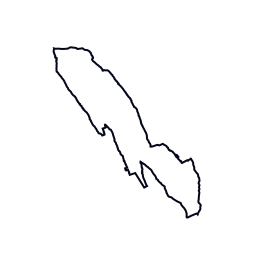 outline of Contla de Juan Cuamatzi, Tlaxcala, Mexico, rotated 32°
{"feature_id": "50627088B55272636333464", "entity_name": "Contla de Juan Cuamatzi", "entity_type": "district", "adm_level": 2, "iso_a3": "MEX", "parent_name": "Mexico", "parent_adm1": "Tlaxcala", "projection": "mercator", "projection_center": [-98.137, 19.32], "detail": "fine", "context": "isolated", "style": "outline", "palette": "ink", "viewbox_px": 256, "rotation_deg": 32, "n_neighbors": 0, "source": "geoboundaries", "source_scale": "gbopen_adm2", "svg_char_len": 5887}
<svg xmlns="http://www.w3.org/2000/svg" viewBox="0 0 256 256"><g transform="rotate(32 128 128)"><path d="M32.6,110.3L33.5,111.2L34.0,112.6L34.9,113.6L35.4,114.9L36.2,115.9L36.8,117.1L37.2,117.4L37.7,118.0L38.2,117.9L38.9,118.2L40.0,118.5L40.8,119.0L44.6,120.1L45.5,120.7L46.8,121.0L48.7,121.8L50.7,123.1L52.0,123.8L54.0,125.2L56.0,126.0L56.8,126.7L57.7,127.1L58.9,127.2L59.7,127.5L60.5,127.6L61.1,127.9L61.6,128.4L63.6,129.1L64.8,129.3L65.6,129.3L66.1,129.6L66.7,129.6L66.9,129.8L67.5,129.9L68.5,130.4L69.3,131.2L70.2,131.5L70.7,131.9L71.3,132.0L71.6,132.4L72.1,132.4L73.1,132.8L73.6,133.2L73.8,133.3L74.6,133.1L75.0,133.7L76.0,134.1L76.6,134.1L76.8,133.9L77.6,134.6L78.7,134.8L78.9,135.3L80.0,135.3L80.5,136.0L81.6,136.0L82.4,136.4L84.7,136.7L86.4,137.4L88.3,138.4L89.3,139.3L90.1,139.6L90.7,140.7L91.1,141.0L92.4,141.3L93.3,142.2L94.9,142.9L95.8,143.6L96.9,144.1L98.9,144.5L100.9,145.5L101.4,145.5L102.0,146.0L102.7,146.3L103.3,146.8L104.6,147.2L105.9,148.0L107.3,147.6L107.6,147.4L108.2,147.4L109.0,147.5L110.2,148.0L111.6,146.0L111.4,145.7L110.5,145.1L110.5,144.8L109.8,144.2L109.4,144.2L109.3,143.8L108.1,142.8L107.2,142.3L106.8,141.9L108.8,139.5L108.8,139.0L107.1,138.1L106.8,137.6L106.8,137.3L107.4,137.2L108.5,137.7L109.0,137.6L109.6,137.9L111.1,138.1L112.7,138.8L113.2,138.9L113.8,138.6L114.5,138.6L117.6,140.4L119.4,142.1L122.8,144.9L123.0,145.7L123.5,146.2L124.2,146.6L125.3,146.8L126.7,148.1L128.4,149.0L129.2,150.0L129.9,150.3L130.8,151.4L131.7,151.9L132.1,152.0L132.4,152.3L133.1,152.2L133.5,152.3L135.2,153.6L135.4,154.0L136.5,154.2L136.8,154.4L137.2,154.5L138.1,154.4L138.4,154.5L140.0,156.1L140.9,156.8L141.2,157.4L141.9,158.1L142.3,157.9L142.6,157.9L143.0,158.5L143.3,158.7L145.3,160.1L145.6,160.1L146.1,160.6L147.3,161.3L147.5,161.6L148.1,161.8L148.4,162.1L146.9,163.7L148.0,164.7L148.3,164.4L149.0,164.9L150.2,163.5L152.0,164.7L152.3,164.9L152.2,165.0L152.3,165.2L154.3,166.8L158.0,162.4L173.3,169.9L174.9,167.1L174.3,166.9L173.5,166.4L171.6,165.1L170.5,164.2L167.4,162.1L166.2,161.0L165.5,160.0L164.5,159.1L163.8,158.9L163.5,158.5L163.6,157.9L163.3,157.4L162.9,157.3L162.8,156.9L162.4,156.4L162.3,155.6L162.0,155.4L161.4,154.5L160.8,154.4L158.4,151.4L157.9,151.1L157.3,151.1L156.6,150.3L156.5,150.0L161.4,150.1L162.4,150.2L163.7,150.6L165.8,150.6L166.9,150.9L168.1,151.1L169.1,151.1L170.7,151.6L171.6,152.3L173.3,153.0L174.3,153.6L175.5,153.8L177.2,154.6L178.3,155.4L178.8,156.1L180.8,156.1L181.2,156.5L182.0,156.9L182.9,157.0L183.8,157.3L185.2,157.3L186.0,157.8L186.7,158.0L190.1,158.2L190.9,159.4L192.6,160.6L193.7,161.2L195.0,162.6L195.5,162.7L196.9,163.7L198.4,164.5L199.2,164.5L201.8,163.8L203.9,164.2L208.0,164.2L210.3,164.0L211.1,163.8L212.7,163.8L213.5,164.6L214.2,165.0L216.1,165.7L218.1,166.2L220.7,167.5L222.9,169.3L224.2,171.2L224.8,172.4L225.0,172.6L225.6,172.6L226.1,172.2L228.2,168.8L231.3,164.4L231.9,164.1L232.9,164.4L232.5,162.5L232.4,161.0L232.5,159.6L232.4,158.9L232.1,158.1L231.4,157.0L230.9,156.2L230.8,155.2L230.5,154.9L229.9,154.5L227.6,153.9L227.0,153.5L226.5,152.9L225.9,151.3L224.0,147.8L222.9,145.2L221.1,143.4L221.1,142.1L219.5,140.5L219.3,140.1L219.1,139.0L218.9,138.6L218.2,138.0L217.3,137.6L217.1,137.3L216.7,136.2L216.8,135.3L216.6,134.9L215.0,132.9L214.7,132.6L213.5,132.1L212.5,130.9L211.2,129.9L210.9,129.9L209.9,129.7L206.3,128.2L205.8,127.7L205.6,127.1L205.0,126.2L202.9,124.7L202.0,123.4L201.7,123.0L201.0,122.5L199.3,121.5L198.5,121.3L197.6,120.7L197.4,120.8L197.5,121.4L197.0,122.0L196.5,123.0L196.2,124.0L195.3,123.9L192.3,129.1L192.0,129.1L191.6,129.0L190.8,128.1L190.4,128.0L190.0,128.4L189.0,128.0L187.3,127.7L186.8,127.5L186.3,127.1L186.1,125.8L185.8,125.6L184.6,125.4L183.8,125.0L183.5,125.1L183.7,125.3L184.4,125.6L184.7,125.8L184.7,126.0L184.5,126.6L184.8,127.0L184.7,127.1L183.8,126.6L183.1,126.4L181.0,125.2L179.9,125.0L178.1,124.4L177.9,124.5L176.2,124.6L176.3,124.7L175.7,125.0L175.1,124.7L174.7,124.7L174.3,124.9L173.0,124.2L172.4,123.5L171.4,123.6L170.4,123.0L169.8,122.9L167.7,123.1L166.4,123.0L165.9,123.0L163.9,126.0L163.4,126.3L162.2,126.5L160.7,128.0L159.4,129.7L157.9,131.3L156.9,131.8L156.2,130.5L154.9,129.6L153.4,129.1L152.2,128.1L150.1,127.2L149.7,126.9L148.7,125.4L147.7,124.1L145.6,122.4L144.3,121.8L142.0,120.3L140.6,119.6L140.4,119.4L139.5,118.9L139.2,118.5L138.7,118.4L138.0,117.8L136.9,117.4L136.5,116.6L136.0,116.4L135.8,116.0L135.2,115.6L135.0,115.1L133.8,114.2L133.4,113.8L133.0,113.7L132.2,113.0L131.7,112.4L131.4,112.2L130.8,112.2L130.3,111.8L130.1,111.3L129.5,110.7L126.8,108.7L126.5,108.3L126.0,107.7L124.5,107.0L123.2,106.8L122.0,106.9L121.3,106.3L120.4,106.0L119.2,105.1L117.1,104.0L116.8,103.2L115.8,102.8L115.1,102.2L114.6,102.1L114.6,101.9L114.2,101.6L113.7,101.6L112.6,101.4L112.2,101.4L111.9,101.1L110.9,100.9L110.7,100.7L110.4,100.5L109.5,100.4L109.5,100.2L109.2,100.0L107.9,99.6L107.3,99.1L107.0,99.2L106.0,98.7L105.3,98.5L102.3,97.2L101.7,97.1L100.1,96.5L97.5,96.0L96.8,95.5L96.6,95.4L96.1,95.7L95.9,95.2L95.6,95.0L94.4,94.7L93.9,94.4L93.5,94.3L92.9,94.3L92.4,94.2L91.7,93.8L90.8,93.6L90.2,93.0L89.4,92.8L88.9,92.4L88.5,92.2L87.5,92.0L86.5,91.3L85.8,91.4L85.0,91.0L81.9,90.0L80.7,89.9L79.7,90.1L78.2,91.2L77.4,91.4L77.2,91.5L76.4,92.7L75.9,92.7L75.4,92.0L74.9,91.7L73.9,91.6L72.6,90.9L71.5,91.0L69.2,90.6L68.7,90.6L67.5,90.5L64.5,89.9L62.8,89.8L61.6,89.2L61.1,88.8L61.3,87.4L61.2,87.0L60.3,86.6L60.3,86.3L60.0,86.0L58.7,85.6L58.2,85.4L57.7,84.9L56.6,84.0L56.1,84.1L54.9,83.4L54.3,83.5L53.6,83.4L52.0,83.6L50.0,84.6L49.2,84.7L47.2,84.5L43.4,87.7L43.1,87.8L41.6,87.6L36.7,89.9L36.0,90.6L35.0,92.5L31.5,95.1L29.9,96.1L26.7,97.7L24.6,99.2L23.1,99.7L23.3,99.9L24.0,101.8L24.6,102.8L26.3,104.1L26.8,104.7L27.7,105.0L28.2,105.6L28.3,105.9L28.5,105.9L28.8,106.1L28.6,106.3L28.7,106.6L29.5,106.8L30.1,107.2L30.3,107.1L30.6,106.7L30.7,106.8L30.9,107.6L31.6,108.2L31.6,108.5L31.5,108.9L31.8,109.2L31.9,109.6L32.3,109.9L32.6,110.3Z" fill="none" stroke="#020617" stroke-width="2"/></g></svg>